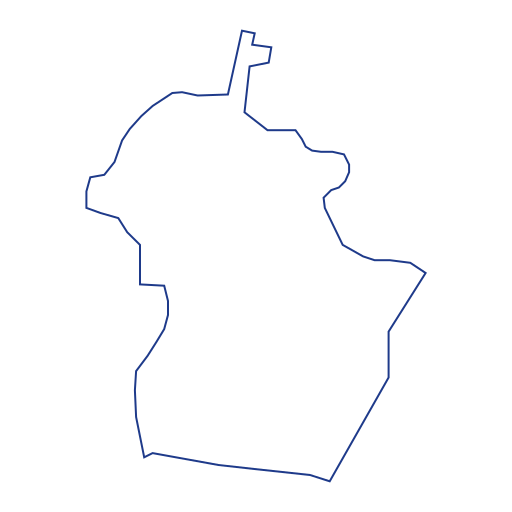 Putatan, Sabah, Malaysia
{"feature_id": "92858781B21470525413455", "entity_name": "Putatan", "entity_type": "district", "adm_level": 2, "iso_a3": "MYS", "parent_name": "Malaysia", "parent_adm1": "Sabah", "projection": "albers", "projection_center": [116.061, 5.886], "detail": "fine", "context": "isolated", "style": "outline", "palette": "blue", "viewbox_px": 512, "rotation_deg": 0, "n_neighbors": 0, "source": "geoboundaries", "source_scale": "gbopen_adm2", "svg_char_len": 906}
<svg xmlns="http://www.w3.org/2000/svg" viewBox="0 0 512 512"><path d="M329.7,481.3L388.6,377.5L388.6,331.6L425.6,273.0L410.3,262.8L389.9,260.2L374.6,260.2L363.1,256.4L342.7,244.9L324.8,207.9L323.6,197.7L331.2,190.1L338.9,187.5L345.2,181.2L349.1,172.2L349.1,164.6L344.0,154.4L332.5,151.8L321.0,151.8L312.1,150.6L305.7,146.7L301.9,139.1L295.5,130.2L281.5,130.2L267.5,130.2L244.5,112.3L249.6,66.4L268.7,62.6L271.3,47.3L252.2,44.7L254.7,33.3L242.0,30.7L227.9,94.5L197.6,95.5L182.1,92.2L172.3,93.0L152.7,105.9L141.3,116.1L129.8,128.9L122.1,140.4L114.5,162.0L104.3,174.8L90.3,177.3L86.4,191.4L86.4,207.9L100.5,213.0L118.3,218.1L127.2,232.2L140.0,244.9L140.0,260.2L140.0,284.4L164.2,285.7L168.0,301.0L168.0,315.0L164.2,329.1L156.5,341.8L147.6,355.8L136.1,371.1L134.9,390.3L136.1,417.0L144.2,457.3L152.6,453.1L218.4,465.0L254.2,469.0L310.0,475.0L329.7,481.3Z" fill="none" stroke="#1e3a8a" stroke-width="2"/></svg>